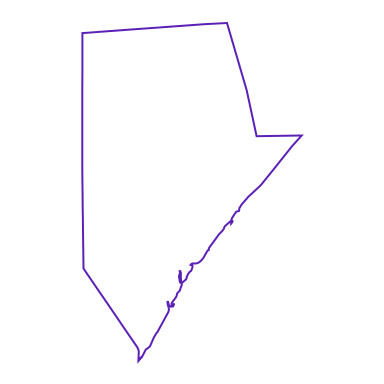 Jubbada Hoose, Robinson projection
{"feature_id": "SOM-2645", "entity_name": "Jubbada Hoose", "entity_type": "Region", "adm_level": 1, "iso_a3": "SOM", "parent_name": "Somalia", "parent_adm1": "", "projection": "robinson", "projection_center": [41.866, -0.188], "detail": "fine", "context": "isolated", "style": "outline", "palette": "violet", "viewbox_px": 384, "rotation_deg": 0, "n_neighbors": 0, "source": "natural_earth", "source_scale": "10m", "svg_char_len": 1844}
<svg xmlns="http://www.w3.org/2000/svg" viewBox="0 0 384 384"><path d="M138.5,358.7L138.8,351.7L138.4,349.6L137.2,347.1L133.4,341.6L128.4,334.3L123.4,327.0L118.3,319.5L113.5,312.4L109.0,305.8L103.5,297.8L98.4,290.4L93.5,283.2L91.0,279.5L88.5,275.9L86.0,272.2L83.5,268.5L83.4,260.0L83.3,252.1L83.2,244.2L83.0,232.0L82.9,219.8L82.7,207.7L82.6,195.5L82.5,188.0L82.4,180.4L82.3,171.2L82.3,157.2L82.3,143.2L82.3,129.2L82.3,115.2L82.3,101.2L82.3,87.2L82.4,73.2L82.4,59.2L82.4,45.2L82.4,33.1L127.0,29.8L204.2,24.2L227.0,23.0L246.7,90.3L256.6,136.2L301.1,135.5L301.7,135.5L292.3,145.9L272.6,170.6L260.6,185.4L254.9,190.7L248.5,196.6L241.8,204.3L239.4,208.1L239.2,209.3L239.2,210.3L238.9,211.0L236.5,211.6L235.8,212.3L231.9,218.2L231.4,220.1L232.6,221.3L231.6,223.1L231.2,223.6L231.2,222.9L231.2,222.3L231.0,221.8L230.5,221.3L225.2,225.9L224.4,227.0L223.8,228.9L222.3,230.9L219.0,234.3L209.2,247.7L208.8,248.7L208.8,249.6L208.7,250.2L207.8,250.4L207.4,250.8L203.4,257.9L200.9,260.8L199.4,262.1L197.8,263.0L195.9,263.5L193.0,263.4L191.5,263.8L190.6,264.9L192.5,265.4L192.4,267.6L191.5,270.0L190.9,271.1L189.5,272.0L188.1,274.0L186.9,276.4L186.5,278.5L186.0,279.4L182.7,282.3L181.6,282.9L181.2,282.1L180.8,277.4L180.9,273.0L180.3,271.1L179.7,271.1L180.0,272.8L179.7,274.1L179.2,275.2L179.0,276.6L179.1,277.9L179.6,279.5L179.7,280.8L180.0,282.2L180.7,282.8L181.4,283.3L181.8,284.2L181.6,285.6L180.6,287.9L180.3,289.2L179.8,290.6L177.5,293.0L177.0,293.8L176.8,295.3L176.3,296.5L175.7,297.6L171.9,302.7L171.5,303.8L171.8,304.9L172.6,304.8L173.5,304.2L174.3,303.5L173.1,306.4L170.8,306.7L168.8,305.0L168.1,301.9L167.5,301.9L167.6,304.1L168.8,308.1L168.9,310.3L168.2,312.3L157.9,331.2L155.6,334.5L153.7,337.8L150.0,346.3L148.1,348.0L145.9,349.4L142.4,356.1L140.4,358.0L141.0,358.0L138.4,361.0L138.5,358.7Z" fill="none" stroke="#5b21b6" stroke-width="2"/></svg>